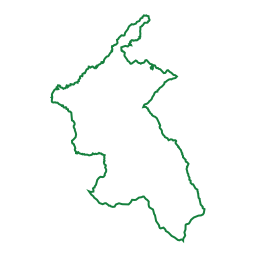 outline of Bolívar, Cauca, Colombia
{"feature_id": "7082276B53672126014760", "entity_name": "Bolívar", "entity_type": "district", "adm_level": 2, "iso_a3": "COL", "parent_name": "Colombia", "parent_adm1": "Cauca", "projection": "albers", "projection_center": [-76.986, 1.874], "detail": "fine", "context": "isolated", "style": "outline", "palette": "green", "viewbox_px": 256, "rotation_deg": 0, "n_neighbors": 0, "source": "geoboundaries", "source_scale": "gbopen_adm2", "svg_char_len": 5739}
<svg xmlns="http://www.w3.org/2000/svg" viewBox="0 0 256 256"><path d="M176.9,76.5L175.2,75.2L173.5,74.9L171.4,72.8L169.9,72.0L168.0,70.2L167.1,70.4L165.3,72.9L163.8,73.1L160.3,69.3L158.5,68.8L157.9,68.0L156.6,68.1L156.0,67.6L155.1,65.6L154.4,65.3L153.6,65.2L153.4,65.6L152.8,66.9L152.9,68.5L152.5,69.2L151.9,68.7L151.0,68.6L150.7,67.5L151.6,66.6L152.5,64.8L151.8,64.3L149.9,63.8L146.8,60.3L146.4,60.1L145.3,60.4L144.9,61.5L143.8,62.7L141.6,63.1L140.8,63.7L139.9,63.1L138.6,62.9L137.4,62.0L137.0,61.2L135.8,60.5L131.6,63.6L130.5,63.7L129.1,61.7L127.6,60.8L127.3,59.8L124.7,56.2L124.4,55.3L124.8,52.8L123.7,51.7L123.2,51.7L123.0,51.3L122.0,51.1L121.6,50.7L121.9,50.3L121.4,49.5L121.3,47.3L125.4,45.9L127.8,46.5L129.4,44.7L130.1,45.1L130.5,45.0L131.2,45.2L131.1,44.9L129.4,43.8L129.7,43.6L129.9,42.8L130.2,42.7L130.2,41.9L130.7,41.9L130.6,41.3L131.6,40.2L132.4,40.2L133.2,40.7L133.6,40.4L134.9,40.5L135.9,40.1L136.8,40.4L137.8,39.8L138.3,39.0L139.8,38.4L139.6,37.6L139.9,37.3L139.4,36.9L140.3,36.3L140.2,35.4L140.4,33.6L140.1,31.3L140.4,29.3L140.3,27.1L142.0,26.1L142.1,25.6L142.8,25.3L144.5,22.8L147.3,22.7L147.8,22.4L148.1,21.3L149.1,20.9L149.5,20.2L149.5,19.5L148.9,18.6L148.5,16.2L146.9,15.9L146.4,15.4L145.5,15.7L143.9,15.4L143.5,16.2L142.6,16.6L142.4,17.8L140.6,18.5L139.4,21.0L136.9,21.9L135.9,23.6L133.3,24.5L131.6,24.2L130.6,25.2L129.5,25.9L128.5,27.4L127.9,29.1L125.2,32.6L124.5,35.3L123.5,35.6L121.5,35.3L118.9,37.8L118.3,39.0L117.0,39.8L117.5,42.7L117.4,43.2L115.7,44.8L114.4,44.9L113.3,46.0L112.1,46.1L111.9,47.3L112.4,49.2L111.6,50.6L112.2,50.9L112.1,51.4L111.1,52.1L110.1,53.2L108.6,55.8L108.0,56.3L106.7,56.6L105.1,58.3L104.2,59.7L103.6,62.2L103.1,62.8L102.8,62.9L102.7,62.3L102.4,62.0L101.5,62.1L101.4,62.9L100.0,64.2L98.3,64.9L97.1,67.0L96.4,67.7L96.1,66.4L94.7,68.1L93.8,67.6L92.7,66.5L92.0,66.6L90.4,67.6L89.4,66.7L88.7,66.6L88.4,68.3L87.8,69.1L86.9,69.2L86.5,69.6L85.0,73.0L84.5,72.9L84.1,73.4L83.6,73.3L82.4,74.1L82.3,74.9L82.5,75.8L82.3,76.2L81.6,76.0L80.2,76.4L79.9,77.3L80.2,78.3L78.6,79.9L78.9,81.1L77.8,81.6L77.6,82.7L76.8,82.3L75.1,82.8L74.7,83.0L74.1,84.2L73.5,84.6L70.6,84.1L70.5,85.4L68.5,85.6L68.4,86.6L67.8,87.1L67.4,85.6L66.7,85.4L65.7,88.1L65.2,88.3L64.3,88.2L63.4,88.8L62.2,87.7L61.3,87.6L60.4,87.1L59.9,86.5L60.1,86.0L59.6,85.5L58.0,85.3L57.6,86.5L56.7,87.2L58.2,88.5L58.4,89.1L56.9,89.4L55.8,89.0L54.5,89.8L52.2,93.6L51.9,94.8L52.2,96.7L51.5,97.4L52.2,97.9L51.8,100.2L51.9,101.6L52.2,102.1L53.2,102.5L55.2,102.3L56.0,102.7L57.6,102.7L59.0,104.1L61.3,105.2L61.8,106.0L62.2,106.0L62.5,105.3L62.8,105.3L63.1,105.6L63.2,106.5L63.7,107.4L64.4,107.6L65.6,107.2L66.2,107.4L66.4,108.9L68.0,109.3L68.0,110.4L69.0,111.5L70.2,111.6L71.3,112.7L72.0,120.4L73.4,121.1L74.6,123.2L74.6,124.6L73.7,126.0L73.8,127.5L74.8,129.2L74.9,130.5L75.7,132.6L76.1,134.5L75.6,137.2L73.5,139.5L72.0,140.7L72.1,142.7L72.5,143.5L73.0,143.5L74.0,144.4L74.1,145.3L74.8,146.5L75.3,148.3L74.8,149.2L75.0,150.5L76.0,151.7L76.0,153.2L77.1,153.5L77.5,153.2L77.7,152.3L78.2,152.1L79.3,153.3L81.9,154.1L82.5,153.9L82.9,154.4L84.2,154.1L84.7,154.7L87.5,154.7L89.1,155.4L91.8,154.8L92.8,153.4L94.1,154.2L95.5,153.7L96.3,154.1L98.4,153.5L99.0,152.9L100.1,153.5L101.0,153.4L101.7,154.2L102.4,154.2L102.6,154.6L104.7,155.2L104.2,156.6L104.2,157.3L104.5,158.0L104.1,159.8L104.6,160.8L104.0,161.5L104.2,162.0L103.9,162.8L104.6,164.6L105.5,164.9L105.8,165.4L105.8,166.0L105.1,167.4L106.2,169.6L106.1,171.7L105.2,173.0L104.6,174.5L104.8,175.3L103.6,176.8L102.7,177.1L100.4,176.8L98.8,178.0L97.3,179.9L96.0,184.8L94.8,186.3L94.6,187.5L93.6,187.8L93.0,188.4L93.5,190.4L93.4,191.6L90.7,192.0L89.0,191.3L91.3,194.6L93.4,196.3L94.1,197.6L97.0,199.8L99.3,203.0L102.7,204.2L104.7,203.3L105.9,203.2L108.2,204.9L108.9,205.7L110.0,205.6L110.7,206.3L112.7,206.9L114.6,206.7L115.9,204.5L119.0,203.3L122.2,204.2L128.6,204.4L130.7,202.3L132.1,199.8L134.6,200.0L136.0,199.8L138.9,197.6L141.6,197.2L143.0,196.5L143.8,196.5L145.8,199.0L147.1,199.8L148.7,201.5L148.6,204.5L149.0,206.6L149.6,207.5L153.0,209.5L154.2,214.1L155.0,215.3L156.1,221.0L159.1,225.4L159.2,226.7L159.9,228.1L160.7,228.4L163.5,227.6L165.3,229.5L165.8,231.0L168.4,232.5L171.6,235.9L174.7,237.5L177.9,240.0L179.5,240.3L180.6,239.7L181.6,239.5L182.4,239.8L183.1,240.6L183.1,239.5L183.8,237.7L184.6,236.7L185.2,235.4L184.4,232.3L185.5,229.5L185.6,225.0L186.2,224.3L188.7,223.7L189.5,222.7L191.1,219.8L193.8,217.5L198.5,215.6L201.0,215.4L202.9,214.5L203.8,213.1L204.5,209.1L202.9,208.3L202.6,207.8L202.7,206.7L200.7,204.6L199.6,199.4L199.7,198.9L198.6,197.8L198.2,194.5L198.3,193.8L197.8,192.8L197.9,191.9L197.5,191.2L197.4,189.6L195.5,188.5L193.2,184.4L192.1,184.3L190.6,182.8L190.6,180.6L189.3,179.7L189.5,177.7L188.3,175.6L188.3,174.1L187.5,173.0L187.0,170.3L186.6,169.3L186.7,168.2L187.2,167.4L187.0,166.5L187.5,166.1L188.5,163.9L187.1,162.2L186.0,161.8L185.5,160.8L185.7,159.9L183.0,157.2L183.0,155.8L182.1,154.2L182.3,153.3L181.7,152.6L180.9,150.1L179.1,148.0L178.7,146.9L178.2,146.9L178.2,146.3L175.7,143.4L175.6,142.5L176.2,141.1L176.0,140.7L175.1,140.2L173.1,140.5L172.4,139.7L170.9,139.3L168.6,140.2L167.5,138.3L164.9,137.1L164.3,135.8L163.2,134.9L162.1,133.0L161.8,130.5L160.8,129.0L159.9,128.2L159.6,126.8L160.2,125.7L159.7,124.1L159.1,123.7L159.2,123.2L156.8,118.2L155.1,116.8L153.3,116.1L152.0,115.1L151.9,114.4L150.2,113.0L149.6,111.6L148.7,110.9L148.7,110.1L148.1,109.7L147.8,108.4L147.1,108.2L146.0,107.0L144.3,106.9L143.3,107.1L144.1,105.1L144.6,104.5L147.0,103.7L148.5,102.5L149.4,101.1L150.3,100.6L151.7,99.0L152.4,97.1L153.9,94.9L154.5,93.1L155.6,91.9L157.4,91.6L157.5,90.4L158.4,89.8L159.8,87.9L161.7,86.7L163.4,85.0L164.3,83.8L164.6,82.3L166.2,81.6L166.8,80.9L169.0,79.5L170.3,79.2L171.5,79.4L172.5,78.7L175.5,78.0L176.9,76.5Z" fill="none" stroke="#15803d" stroke-width="2"/></svg>